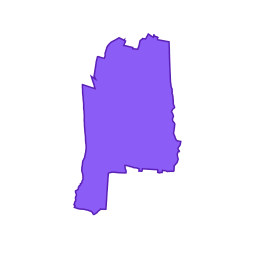 the district of Hoceni, Vaslui, Romania, rotated 208°
{"feature_id": "2599482B41865745609486", "entity_name": "Hoceni", "entity_type": "district", "adm_level": 2, "iso_a3": "ROU", "parent_name": "Romania", "parent_adm1": "Vaslui", "projection": "equal_earth", "projection_center": [27.99, 46.533], "detail": "fine", "context": "isolated", "style": "filled", "palette": "violet", "viewbox_px": 256, "rotation_deg": 208, "n_neighbors": 0, "source": "geoboundaries", "source_scale": "gbopen_adm2", "svg_char_len": 5673}
<svg xmlns="http://www.w3.org/2000/svg" viewBox="0 0 256 256"><g transform="rotate(208 128 128)"><path d="M148.9,222.2L148.6,221.6L148.3,220.5L148.2,220.0L151.7,220.2L153.1,220.4L154.2,220.5L154.2,217.8L154.3,214.9L157.1,213.8L156.9,213.4L157.2,213.0L157.6,212.5L158.3,210.7L157.0,206.0L156.7,205.0L156.7,203.9L156.6,203.3L156.5,202.2L156.5,201.9L157.5,201.7L161.1,200.2L161.5,201.3L167.9,199.7L170.4,198.9L170.4,199.1L170.5,199.6L170.6,200.1L170.8,200.9L170.8,201.6L170.7,202.4L170.9,202.7L171.0,202.9L171.0,203.6L172.0,203.6L172.5,204.0L172.6,204.3L172.7,204.0L172.7,203.6L178.2,203.5L180.5,199.8L182.7,196.6L183.4,195.4L183.6,194.7L183.7,194.1L183.9,193.5L184.2,192.5L184.3,192.2L184.3,191.9L184.1,191.7L184.1,191.4L184.5,190.8L184.6,190.5L184.4,189.9L184.5,189.4L184.4,188.8L184.3,188.5L183.3,183.2L182.1,181.1L181.8,179.7L181.7,178.4L183.0,178.0L185.2,177.5L187.4,177.2L187.5,177.2L187.7,176.9L188.1,176.8L188.2,176.6L188.4,176.4L188.3,176.2L188.2,175.8L188.1,175.5L187.5,173.0L187.1,171.4L186.6,170.3L186.5,170.0L186.0,168.5L184.7,164.8L182.8,159.3L182.3,157.7L181.3,157.4L180.6,156.6L179.6,155.9L183.3,156.1L184.6,156.3L178.3,150.2L175.6,147.3L179.6,146.5L187.8,145.1L188.0,145.0L188.6,144.9L188.5,144.6L187.8,143.5L187.6,142.9L186.2,140.8L185.5,139.4L185.1,138.7L184.6,137.8L183.4,136.0L182.1,134.1L181.5,133.0L178.8,129.0L178.0,127.6L177.7,127.0L177.4,126.5L176.1,124.0L175.7,123.6L175.2,122.9L174.9,122.6L173.9,120.8L173.4,120.1L173.1,119.5L172.9,119.2L172.6,118.8L171.8,117.3L170.9,115.5L170.5,114.6L170.0,113.8L168.3,111.1L168.0,110.4L167.2,109.1L166.0,107.2L165.7,106.8L163.9,103.9L162.0,101.2L161.7,100.7L161.4,100.3L160.4,98.4L158.7,95.6L157.0,93.3L155.7,91.0L154.8,88.8L154.3,87.5L154.0,86.6L153.8,86.2L153.7,85.4L153.2,84.2L153.2,83.8L152.8,82.6L152.4,81.1L152.4,80.9L152.5,80.1L152.3,79.2L152.4,78.3L152.4,77.7L151.9,76.2L151.1,74.3L150.6,73.0L150.4,72.6L150.4,72.2L150.2,72.1L150.1,71.7L150.1,71.3L150.0,71.1L149.5,70.2L149.4,69.8L149.1,69.4L149.0,69.1L148.7,68.6L148.3,68.0L148.1,67.8L147.9,67.7L147.7,67.5L147.1,66.8L146.4,66.1L145.8,65.3L145.3,64.6L144.7,63.6L144.5,63.0L144.4,62.8L144.1,62.5L143.6,61.4L143.6,60.6L143.7,60.2L143.5,59.6L143.4,59.0L143.2,57.6L143.4,57.0L143.8,56.5L143.8,56.4L143.7,56.1L143.4,55.8L143.3,55.2L143.3,54.8L143.8,54.4L143.9,53.6L143.8,52.9L144.0,52.6L143.7,51.9L143.5,51.4L143.3,50.7L143.9,49.1L144.6,48.1L144.8,47.8L144.6,47.4L144.4,47.2L144.1,46.6L143.9,46.4L143.6,46.1L143.4,46.0L142.8,45.6L142.6,45.3L142.0,44.4L141.9,44.0L141.9,43.7L141.9,42.3L141.4,41.3L140.9,40.7L140.6,40.4L140.4,39.8L140.2,39.3L140.1,38.8L140.3,37.6L139.9,36.8L139.9,36.2L139.6,35.4L139.7,34.9L139.2,34.8L138.6,34.7L138.4,34.6L138.2,34.3L138.1,34.1L138.2,33.4L138.1,32.7L137.1,32.9L134.4,33.3L133.6,33.5L130.9,34.5L130.5,34.8L130.1,35.0L129.9,35.1L128.7,35.6L126.9,36.0L125.4,36.5L124.6,36.7L122.8,36.8L121.8,37.1L120.9,37.0L119.5,36.6L118.6,35.8L118.2,35.6L117.5,35.6L116.3,37.5L115.7,38.7L115.3,40.5L115.0,41.3L114.5,42.2L114.2,43.6L113.0,43.9L112.0,44.6L111.5,44.8L110.8,45.2L109.9,45.5L109.4,45.9L112.7,53.3L113.6,55.4L114.4,56.9L115.1,58.7L116.0,60.4L117.4,63.8L119.8,69.1L121.1,72.0L121.3,72.6L121.8,73.4L123.2,76.8L124.1,78.8L123.6,79.5L121.4,81.5L119.7,82.4L118.9,82.6L117.7,83.2L116.0,83.8L109.8,86.8L108.7,87.5L109.1,88.4L109.5,89.1L110.4,90.0L111.0,90.4L111.4,90.7L112.5,92.4L113.1,93.5L111.4,94.3L110.7,94.4L110.1,94.7L109.7,94.8L108.5,94.8L107.2,95.3L106.2,95.5L105.5,95.6L105.3,95.6L104.9,95.6L104.0,95.8L103.8,95.8L103.4,96.1L102.8,96.4L102.4,96.5L101.8,96.7L101.0,96.9L99.1,97.2L98.8,96.6L98.5,95.9L98.4,95.7L98.2,95.6L98.1,95.1L95.5,96.3L95.6,96.9L95.6,97.2L96.1,98.8L95.1,99.2L94.6,99.4L92.0,100.7L91.3,100.9L89.7,101.7L88.5,102.2L85.8,103.4L84.6,104.0L82.2,105.1L81.4,103.9L81.1,103.0L81.0,102.8L80.3,103.0L80.1,102.8L79.7,103.0L79.1,103.2L78.5,103.7L78.7,103.9L77.4,104.6L77.0,104.7L77.2,105.6L77.6,106.5L77.7,106.8L76.6,107.1L75.5,107.6L74.8,108.0L73.3,108.0L72.9,108.0L70.3,109.7L68.8,110.4L67.5,111.1L67.4,111.6L67.5,111.6L68.0,113.4L68.3,113.6L68.4,113.8L68.5,114.4L69.1,115.6L69.5,115.8L69.5,116.1L69.4,116.7L69.0,117.9L68.9,118.2L68.9,118.6L68.7,119.8L68.5,120.4L68.4,120.7L68.9,122.8L68.9,123.5L69.1,124.0L69.3,124.4L70.3,125.3L72.0,127.6L72.2,128.0L72.4,128.8L72.4,129.4L72.6,130.4L72.6,130.7L72.5,130.8L71.7,131.2L71.6,131.3L71.7,131.6L72.1,131.9L73.0,132.3L73.8,132.8L74.3,133.5L74.4,134.1L74.5,134.3L74.5,134.5L74.4,134.9L74.1,135.7L74.1,137.0L74.0,137.5L74.4,138.9L74.6,139.5L74.8,139.8L74.9,140.4L75.1,140.9L75.7,140.7L76.8,140.3L77.4,140.2L77.8,140.0L78.3,139.8L79.7,140.0L80.8,140.8L81.7,141.5L82.2,142.1L83.1,142.8L84.2,143.8L85.1,144.4L85.6,145.5L87.2,150.1L87.9,151.7L88.3,153.0L89.0,153.9L89.8,154.4L90.7,154.7L91.5,154.8L92.5,156.2L93.0,156.8L93.3,159.4L93.6,160.0L94.5,160.9L95.9,162.0L97.1,162.6L97.3,163.7L97.4,165.2L97.1,166.2L96.5,167.5L96.5,167.9L96.9,168.5L98.6,169.9L99.3,170.6L100.3,172.2L100.5,172.9L102.7,176.1L103.2,177.0L103.8,177.6L104.6,178.7L105.1,178.9L105.5,179.4L105.7,179.9L105.8,180.5L106.0,180.8L106.5,181.3L106.6,181.5L106.9,182.4L107.2,182.9L107.5,183.2L108.6,184.0L109.2,184.7L109.5,184.9L109.7,185.1L110.2,186.1L111.0,187.0L111.2,187.3L111.3,187.6L111.5,187.9L112.1,188.5L112.3,188.9L114.8,193.2L116.8,196.6L117.4,197.4L117.6,197.9L119.7,201.5L120.3,202.4L120.4,202.8L121.2,204.1L122.8,206.8L123.0,207.3L123.4,207.9L125.1,210.8L125.6,211.8L126.8,213.8L127.2,214.6L127.6,215.2L127.7,215.6L130.4,220.2L132.3,223.4L133.4,223.0L134.2,222.7L140.3,220.8L141.9,220.3L142.2,220.1L142.7,219.9L142.8,219.9L143.7,220.3L144.0,220.8L144.3,221.3L144.1,221.5L144.1,221.8L144.4,221.7L144.7,222.1L147.3,221.5L148.3,222.4L148.9,222.2Z" fill="#8b5cf6" stroke="#5b21b6" stroke-width="1.5"/></g></svg>